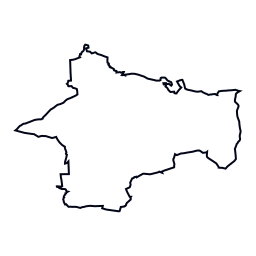 Snēpeles pag., Kuldigas, Latvia (Natural Earth projection)
{"feature_id": "27541924B13518565761243", "entity_name": "Snēpeles pag.", "entity_type": "district", "adm_level": 2, "iso_a3": "LVA", "parent_name": "Latvia", "parent_adm1": "Kuldigas", "projection": "natural_earth1", "projection_center": [21.939, 56.845], "detail": "fine", "context": "isolated", "style": "outline", "palette": "ink", "viewbox_px": 256, "rotation_deg": 0, "n_neighbors": 0, "source": "geoboundaries", "source_scale": "gbopen_adm2", "svg_char_len": 5386}
<svg xmlns="http://www.w3.org/2000/svg" viewBox="0 0 256 256"><path d="M119.6,211.1L120.7,207.5L120.8,207.0L124.4,206.5L124.6,206.1L125.5,205.8L126.1,205.0L126.1,204.3L126.8,203.0L130.6,199.6L130.8,199.1L130.5,197.7L131.0,196.8L129.7,196.8L128.8,195.1L127.2,192.0L126.7,190.9L126.0,189.0L129.7,187.3L130.6,184.9L130.2,182.6L132.2,178.4L133.6,178.1L134.2,177.2L136.4,176.7L136.7,177.3L142.7,173.9L143.2,173.8L143.7,173.7L150.1,174.3L152.6,173.7L158.2,172.3L158.7,172.0L159.1,171.7L159.6,171.7L159.7,171.9L162.2,172.8L161.7,171.7L163.6,170.8L174.1,167.3L174.2,165.6L174.4,164.0L174.1,163.0L173.9,162.1L173.4,160.8L173.3,159.1L173.7,158.5L173.9,158.0L174.2,157.2L175.0,154.2L175.3,154.4L175.7,154.5L175.9,154.9L176.7,155.1L179.0,154.3L180.9,153.5L184.0,153.2L187.0,152.6L190.2,152.1L192.7,151.7L196.9,150.6L199.4,150.5L200.9,151.4L202.8,152.8L204.3,152.7L206.4,152.4L207.1,151.8L206.8,155.8L207.2,157.2L208.3,158.1L212.6,160.9L216.3,163.4L218.9,167.3L218.8,167.6L220.5,167.8L222.2,167.8L224.6,168.4L225.6,168.6L227.6,166.3L234.4,161.0L235.9,159.0L235.7,156.0L235.2,151.1L234.9,148.8L236.1,145.9L236.7,144.0L237.4,143.4L237.6,143.0L238.3,141.7L238.9,141.3L239.8,140.2L240.1,138.9L239.7,136.4L239.8,135.1L240.2,133.5L240.6,131.9L240.5,130.6L239.9,128.0L239.4,124.2L239.2,121.5L237.5,116.9L237.1,114.4L237.0,112.1L236.9,110.9L237.4,109.4L238.5,106.7L238.5,105.5L237.9,104.5L235.7,102.4L235.2,102.0L234.9,101.1L235.0,99.4L235.7,96.4L235.8,94.4L236.2,93.5L237.6,92.4L239.8,91.1L238.6,90.9L235.4,89.8L233.0,90.1L229.6,90.4L228.0,90.4L227.3,90.6L221.9,90.9L219.0,91.3L217.7,93.0L217.4,93.6L217.3,93.9L217.2,94.9L217.3,95.1L217.0,95.1L216.0,94.6L215.7,94.4L215.2,94.0L212.7,94.2L211.3,94.5L211.0,94.4L208.4,94.9L206.4,93.8L205.1,93.4L202.9,92.3L201.3,91.2L198.6,91.6L197.7,91.7L196.3,91.6L194.6,91.3L192.2,90.7L191.0,90.4L189.9,90.2L188.4,89.9L186.9,89.5L185.7,89.0L185.8,89.0L185.9,88.9L185.1,88.5L185.1,88.3L184.2,84.4L182.4,79.9L181.3,79.9L179.0,80.7L177.0,81.5L179.0,85.0L179.6,85.9L179.7,86.2L181.3,87.5L179.0,89.9L177.9,91.3L176.6,93.1L176.4,93.2L176.4,93.4L176.0,93.5L174.5,93.2L174.2,91.7L172.8,91.8L170.4,92.0L168.4,90.0L167.6,88.4L167.1,87.8L165.5,86.5L166.1,85.0L164.9,84.4L163.7,84.4L163.4,83.2L166.0,83.1L166.7,84.1L168.8,83.8L171.2,85.7L172.0,84.7L171.3,82.4L171.1,82.2L167.5,80.5L165.5,78.0L165.1,77.7L164.8,77.6L162.6,77.6L161.4,77.6L160.6,78.2L160.5,80.2L159.4,80.6L156.0,80.6L154.8,80.2L147.6,78.6L144.1,76.6L139.5,75.1L138.8,74.8L134.7,73.8L131.4,73.7L130.0,74.0L125.5,74.6L125.4,75.5L123.9,74.9L122.3,75.2L121.9,75.1L122.8,74.0L123.3,73.2L123.5,72.8L123.8,72.0L123.3,72.0L122.6,72.1L122.3,72.3L122.2,72.4L121.4,72.5L121.1,72.7L120.2,72.2L119.8,72.1L118.3,72.4L117.4,72.3L116.8,72.4L116.5,72.5L116.6,71.2L116.2,70.9L115.7,71.0L115.2,70.7L114.3,70.5L114.0,70.3L113.9,70.1L113.8,69.7L113.9,69.1L112.6,68.3L111.8,67.9L110.4,67.4L110.5,67.3L110.3,67.2L110.2,66.9L110.3,66.7L110.1,66.6L109.8,66.5L109.8,66.3L109.7,66.2L109.4,66.1L109.2,65.7L109.3,65.6L109.2,65.5L109.0,65.3L108.7,64.9L108.4,64.7L108.7,64.3L108.9,64.1L108.8,63.5L107.5,62.6L107.4,60.6L107.5,57.4L104.0,56.2L101.7,55.2L97.3,53.9L96.5,53.0L95.3,52.3L92.8,53.1L91.7,53.4L90.1,51.7L87.0,51.3L86.0,48.4L88.5,47.7L88.4,46.4L88.2,45.5L86.4,44.9L85.2,44.7L84.3,46.1L84.1,47.4L84.0,48.1L84.2,48.9L83.6,50.6L82.9,51.4L82.2,51.8L81.5,52.7L81.3,53.4L81.1,54.3L80.1,54.1L79.6,55.9L79.4,56.6L80.0,57.3L75.1,59.2L73.9,59.5L73.2,59.7L70.1,60.1L70.3,64.4L70.3,65.2L70.5,70.8L70.5,71.7L70.8,77.0L70.9,78.3L71.0,80.6L68.3,80.8L68.2,81.6L67.7,83.0L67.3,83.6L66.9,83.9L68.2,85.2L68.2,86.0L68.9,86.3L71.5,86.1L72.9,87.8L75.0,88.3L76.8,89.0L77.2,90.9L77.4,94.5L75.9,95.5L75.0,95.9L74.1,96.4L72.9,96.9L72.4,97.0L72.1,97.4L71.1,97.7L69.8,98.3L67.6,99.1L67.0,99.4L65.1,101.0L63.5,102.7L60.3,104.1L58.2,104.6L57.2,105.0L54.0,107.5L52.5,108.5L50.7,109.5L47.6,112.8L45.6,115.0L44.4,116.1L43.6,116.9L43.3,117.2L42.8,118.0L42.7,118.6L42.1,118.7L41.3,119.3L37.9,119.4L34.5,120.0L29.7,121.9L27.0,122.9L25.3,123.6L23.8,123.7L22.7,124.2L20.9,125.5L20.0,125.8L18.6,127.2L17.0,129.1L15.4,130.4L16.8,130.8L20.5,131.8L24.7,132.9L31.5,133.9L33.4,134.1L34.1,134.2L38.2,136.7L38.4,136.8L38.6,136.8L41.6,135.9L45.8,136.1L52.0,138.0L52.3,138.0L56.2,136.9L56.6,137.9L58.0,140.3L58.7,141.2L59.4,142.2L60.1,143.0L61.7,144.6L63.4,145.9L64.9,146.7L64.9,148.1L65.1,148.8L65.4,149.7L65.6,149.9L65.9,150.9L66.4,152.4L65.9,153.7L66.2,154.2L66.9,154.7L66.2,157.9L65.1,161.7L65.0,163.6L66.9,163.0L68.4,161.4L68.9,174.1L60.6,174.2L60.9,177.2L61.6,181.0L62.2,186.2L61.1,186.6L57.1,186.3L56.8,186.3L56.8,186.5L56.9,186.8L57.0,186.9L57.4,186.9L58.7,187.3L58.9,187.4L59.2,188.0L59.3,188.1L59.6,188.2L60.0,188.2L60.5,188.5L60.8,188.5L61.0,188.5L61.4,188.6L61.6,188.7L61.8,189.0L62.3,188.9L62.4,189.0L64.3,189.0L64.9,189.1L65.5,189.3L65.8,189.6L66.0,190.0L66.1,190.7L66.6,191.5L67.5,191.5L67.9,191.6L67.2,192.0L66.8,192.3L66.4,192.9L66.1,193.2L65.9,193.2L65.4,193.3L65.4,193.5L65.6,193.7L65.4,193.9L65.3,194.5L64.6,195.0L64.4,195.6L63.8,196.4L63.7,197.7L63.9,197.8L63.7,198.0L63.2,199.2L63.6,200.5L63.7,201.5L64.1,202.3L64.2,202.9L64.7,203.7L65.0,204.3L65.1,204.5L66.1,204.2L68.3,206.6L68.6,206.8L70.4,206.7L72.5,206.9L73.7,206.8L76.3,206.9L76.9,207.0L78.6,207.5L80.4,207.9L82.1,207.1L83.1,207.1L86.6,206.2L90.3,205.8L94.8,206.2L99.7,206.0L102.8,205.9L102.2,208.3L105.8,209.4L106.7,209.6L118.8,211.3L119.3,211.2L119.6,211.1Z" fill="none" stroke="#020617" stroke-width="2"/></svg>